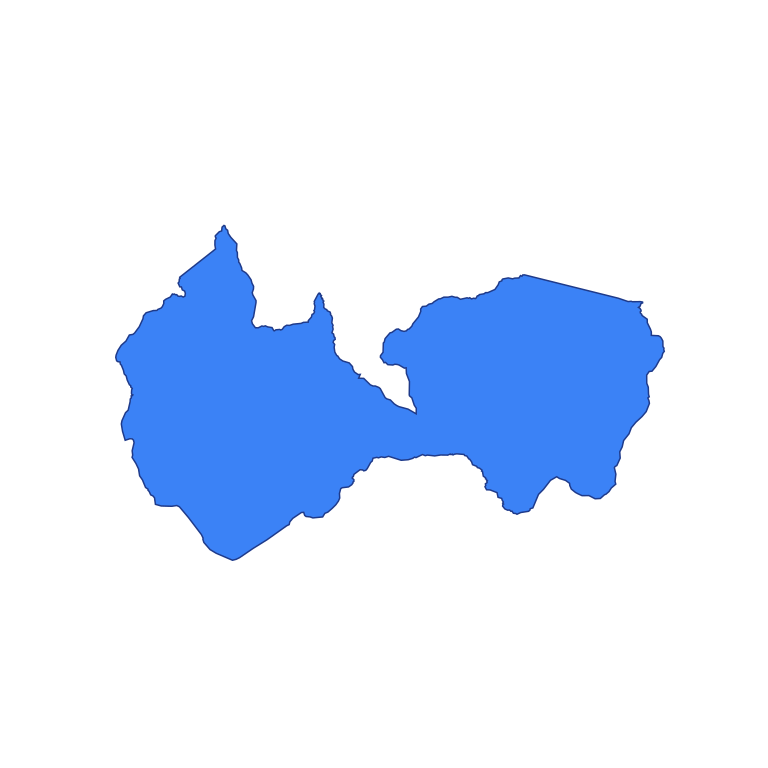 the district of Espejo, Carchi, Ecuador, rotated 142°
{"feature_id": "8360857B16708852637049", "entity_name": "Espejo", "entity_type": "district", "adm_level": 2, "iso_a3": "ECU", "parent_name": "Ecuador", "parent_adm1": "Carchi", "projection": "mercator", "projection_center": [-78.037, 0.708], "detail": "fine", "context": "isolated", "style": "filled", "palette": "blue", "viewbox_px": 768, "rotation_deg": 142, "n_neighbors": 0, "source": "geoboundaries", "source_scale": "gbopen_adm2", "svg_char_len": 6171}
<svg xmlns="http://www.w3.org/2000/svg" viewBox="0 0 768 768"><g transform="rotate(142 384 384)"><path d="M579.4,560.4L580.9,555.2L582.5,551.9L582.2,549.1L583.9,545.2L585.1,540.1L584.6,538.7L585.4,537.5L585.1,535.5L586.4,534.8L588.7,532.2L589.2,530.9L588.6,530.1L589.3,529.7L590.5,530.3L591.6,528.7L593.2,528.4L594.9,526.4L601.7,520.9L605.4,520.5L613.1,516.4L615.6,514.2L619.2,507.6L622.6,499.0L617.9,497.3L616.2,495.7L616.0,494.0L617.1,491.6L623.6,486.4L625.8,482.7L627.7,481.3L628.4,474.1L629.7,468.2L633.1,462.1L633.4,457.1L635.6,449.3L634.7,446.4L635.4,445.5L635.2,443.9L636.1,440.3L635.0,438.1L634.9,435.6L638.2,429.9L634.6,425.0L626.5,418.3L622.1,415.8L620.8,413.2L620.3,399.1L620.6,377.8L621.4,374.1L622.4,373.0L623.5,370.0L623.0,360.6L620.4,353.8L611.9,338.4L608.5,336.9L604.8,336.1L588.0,335.0L572.2,333.3L548.0,332.2L545.3,331.6L543.0,333.4L538.6,334.3L528.2,333.6L526.3,332.3L527.4,329.3L527.0,327.6L524.1,324.8L522.5,322.3L514.2,317.0L510.2,318.5L507.1,317.6L501.3,317.9L496.3,318.5L492.0,319.8L489.1,321.4L486.5,325.2L482.5,328.2L480.8,328.0L475.3,324.7L471.5,324.5L469.4,325.1L468.9,325.8L467.7,325.8L466.6,327.2L467.0,329.4L466.1,330.1L465.2,329.9L463.3,331.3L455.7,331.2L453.7,329.4L453.4,328.0L451.5,327.2L449.4,327.6L442.8,330.4L440.8,330.5L438.4,332.3L434.8,330.6L433.8,329.2L431.1,328.3L428.6,325.6L424.9,324.2L417.4,313.3L411.5,309.4L407.1,307.7L405.0,307.6L404.1,306.3L397.1,304.7L395.6,302.1L393.6,301.3L388.3,296.1L383.1,293.2L377.5,288.7L374.9,288.0L374.7,287.1L373.3,286.6L373.3,285.6L371.7,285.3L369.7,284.2L364.3,279.2L364.5,278.0L363.1,276.3L363.3,272.7L362.8,272.0L362.9,268.8L363.9,265.9L361.6,262.0L361.9,260.7L360.5,258.8L359.8,255.8L360.7,255.3L360.3,254.4L362.5,250.2L361.7,247.6L362.4,246.8L361.9,245.8L362.4,245.1L362.1,244.1L363.0,243.8L363.5,242.8L365.6,242.9L366.3,241.4L367.7,240.9L368.3,237.5L365.6,235.2L361.8,228.8L363.9,224.5L361.7,221.4L362.4,219.7L362.6,217.5L363.9,217.0L363.7,215.8L364.6,215.8L365.7,214.8L365.7,211.2L364.3,208.5L362.6,207.3L362.4,205.6L361.4,204.9L361.6,202.5L359.9,200.8L359.4,199.5L355.3,198.5L348.5,194.7L346.9,194.7L345.5,195.7L343.0,194.7L330.2,201.9L323.2,202.8L312.1,205.6L305.0,204.6L303.9,201.5L300.3,196.3L298.9,191.5L300.1,189.6L301.1,185.9L299.9,180.7L298.8,178.2L296.7,174.1L291.2,169.9L288.3,163.6L284.0,160.6L278.3,161.0L277.0,160.5L272.9,160.7L268.9,162.1L263.0,162.4L261.9,165.0L256.8,170.2L254.0,176.2L252.9,176.7L250.7,176.4L243.5,180.2L240.0,185.4L235.0,187.8L230.0,191.9L221.6,193.9L216.0,197.3L209.1,198.8L200.7,199.5L194.4,200.8L186.8,205.3L185.5,207.7L184.8,210.2L184.3,210.7L182.9,210.6L181.9,213.0L177.7,218.8L176.5,222.8L171.5,229.3L167.3,230.6L164.9,229.1L159.0,230.4L151.8,233.5L148.8,234.0L145.5,236.5L143.0,237.2L142.4,238.8L141.3,239.9L141.2,241.7L137.8,246.2L137.2,249.5L137.3,251.4L138.1,253.1L143.4,257.7L141.3,260.4L140.3,263.1L138.8,270.2L136.7,273.0L138.5,279.2L138.0,280.3L138.3,282.0L137.7,283.1L136.7,283.1L136.0,283.9L135.7,286.1L136.3,287.7L134.1,287.7L132.2,289.1L130.2,288.7L129.8,289.4L131.3,291.1L137.6,295.9L138.3,297.0L140.9,298.7L146.6,307.4L206.0,383.4L207.5,384.5L209.0,384.0L209.7,385.4L212.4,384.5L215.9,387.0L217.9,387.7L220.8,391.1L225.7,393.6L226.6,393.6L227.6,392.8L230.3,393.5L232.9,391.9L238.4,390.2L246.0,392.1L247.7,393.5L249.6,393.5L253.9,395.8L255.1,395.4L256.2,396.0L258.6,395.0L259.6,395.1L260.3,396.3L262.7,397.2L263.3,399.2L264.5,399.4L265.5,400.8L271.6,403.7L272.9,407.2L274.5,408.5L276.5,411.3L280.1,413.0L283.4,415.6L287.0,416.4L288.6,417.4L294.0,418.0L296.4,417.8L299.5,419.3L302.7,419.3L306.0,421.4L309.0,420.5L310.3,418.6L315.6,415.6L324.1,413.7L326.5,412.4L330.4,411.9L331.9,412.5L333.5,412.1L335.8,413.1L337.8,415.6L338.8,418.5L340.6,419.6L346.0,419.8L347.8,420.6L355.2,419.1L358.0,416.9L359.3,416.7L365.2,409.6L369.3,408.5L370.4,407.3L370.3,404.0L370.9,400.7L369.5,400.1L369.1,396.9L365.3,393.5L363.3,392.9L361.5,391.2L360.4,389.6L358.2,384.0L356.6,383.1L359.9,378.4L362.4,370.3L370.8,359.9L371.2,359.0L370.6,355.9L373.2,348.7L373.5,345.0L377.0,340.7L380.5,349.4L386.2,357.0L387.2,359.1L388.2,362.1L388.8,367.5L390.9,370.5L391.5,372.5L389.8,382.6L390.2,384.5L392.1,387.8L393.9,389.2L395.3,391.8L396.5,400.9L400.4,404.2L396.8,406.2L398.6,407.4L399.9,411.6L399.4,414.8L398.1,417.2L398.4,422.0L402.3,427.5L403.5,431.2L403.2,434.5L403.7,435.5L403.1,439.4L400.7,443.6L398.5,445.6L398.5,448.1L396.9,449.3L395.0,449.2L394.0,450.9L394.3,451.7L393.0,454.4L393.5,456.4L390.3,458.6L389.2,460.9L388.0,461.6L387.5,464.3L384.1,467.7L383.4,469.8L383.4,471.7L382.7,472.4L382.2,473.9L383.6,476.6L383.3,477.9L384.1,479.2L384.4,481.4L382.2,483.9L381.7,485.9L380.4,486.4L380.7,487.1L379.9,489.0L380.6,489.6L379.8,490.2L380.0,491.7L378.8,492.2L379.1,493.0L378.6,494.5L379.4,494.8L379.2,495.6L380.6,495.4L388.2,492.0L388.5,491.1L389.6,490.2L390.4,487.9L393.0,485.3L394.1,485.0L394.2,483.8L394.8,483.3L396.3,482.8L397.9,483.1L400.0,481.4L404.5,480.6L405.6,479.4L409.6,482.2L412.0,482.8L418.8,487.1L422.3,488.3L424.5,490.2L427.4,490.6L430.6,489.7L432.2,490.2L432.6,491.2L435.9,493.3L437.5,493.3L438.0,493.9L437.5,497.4L440.5,500.6L441.7,502.9L443.4,503.5L444.5,504.9L448.5,505.7L450.7,507.5L450.6,512.5L449.4,515.4L445.4,517.3L434.8,526.9L433.5,528.5L432.5,535.0L431.6,537.1L428.4,539.2L426.6,541.3L426.0,544.6L424.6,548.0L424.2,553.6L424.4,556.5L426.0,560.9L424.7,563.2L423.4,567.9L423.5,569.3L422.1,571.3L421.6,573.9L418.6,577.9L418.1,580.0L413.7,585.0L414.4,593.9L414.1,598.5L412.6,601.4L413.1,603.7L412.0,606.6L412.5,607.5L415.0,607.3L417.7,604.6L420.1,605.4L425.6,604.7L426.3,603.9L426.5,602.3L428.9,601.1L431.7,597.6L433.6,594.1L479.3,593.9L479.7,592.7L480.7,592.7L482.5,590.7L484.1,590.3L485.1,586.3L483.9,585.2L485.0,582.4L483.9,580.0L484.7,577.8L486.8,575.8L488.7,576.1L489.7,578.3L490.9,578.7L492.2,580.0L492.3,582.0L493.3,582.7L493.9,584.1L495.2,584.5L495.4,585.2L498.8,584.1L504.0,585.2L506.4,585.1L508.0,583.0L511.1,581.4L513.1,581.1L516.2,582.0L517.7,581.8L520.6,583.9L527.6,586.6L531.6,585.8L533.8,583.8L541.6,579.8L549.2,577.7L551.3,577.7L554.5,579.4L560.9,576.7L567.2,576.3L572.9,574.3L577.3,571.7L579.0,570.1L580.4,566.9L580.0,565.5L578.4,563.8L579.5,562.1L579.4,560.4Z" fill="#3b82f6" stroke="#1e3a8a" stroke-width="1.5"/></g></svg>